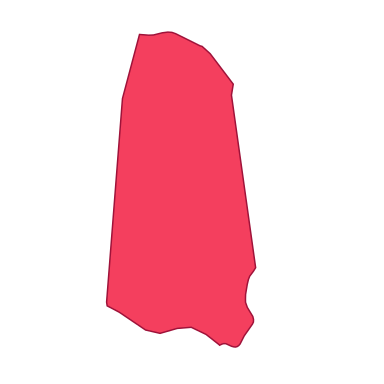 an SVG outline of Manchester, rotated 18°
{"feature_id": "JAM-1372", "entity_name": "Manchester", "entity_type": "Parish", "adm_level": 1, "iso_a3": "JAM", "parent_name": "Jamaica", "parent_adm1": "", "projection": "mercator", "projection_center": [-77.454, 18.04], "detail": "fine", "context": "isolated", "style": "filled", "palette": "rose", "viewbox_px": 384, "rotation_deg": 18, "n_neighbors": 0, "source": "natural_earth", "source_scale": "10m", "svg_char_len": 720}
<svg xmlns="http://www.w3.org/2000/svg" viewBox="0 0 384 384"><g transform="rotate(18 192 192)"><path d="M265.6,329.2L264.9,328.8L249.4,323.1L233.1,320.9L220.1,326.3L205.3,336.3L190.5,337.6L159.9,328.8L146.5,326.5L144.8,323.1L97.0,124.6L93.4,58.4L102.5,56.2L106.8,54.6L114.5,49.8L119.6,47.4L123.6,46.4L127.6,46.5L154.4,50.5L156.6,50.4L166.6,54.9L197.9,76.7L199.6,87.7L275.9,244.3L274.9,248.4L272.9,254.2L272.7,257.8L273.1,262.8L274.6,272.8L275.9,277.2L277.0,280.4L280.3,284.7L288.3,291.6L289.9,294.2L290.6,296.7L290.3,299.0L286.1,312.7L284.7,321.7L283.9,323.6L282.8,325.0L281.3,326.0L279.5,326.4L277.3,326.5L271.1,325.8L269.0,326.4L267.6,327.3L265.6,329.2Z" fill="#f43f5e" stroke="#9f1239" stroke-width="1.5"/></g></svg>